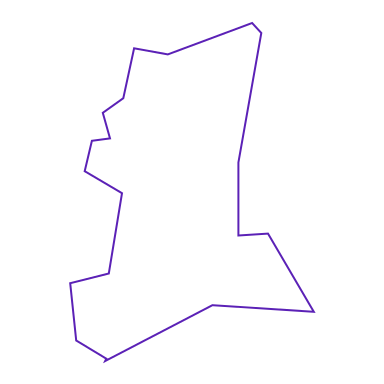 Leer, Unity, South Sudan
{"feature_id": "79223893B69853556807394", "entity_name": "Leer", "entity_type": "district", "adm_level": 2, "iso_a3": "SSD", "parent_name": "South Sudan", "parent_adm1": "Unity", "projection": "albers", "projection_center": [30.206, 8.187], "detail": "fine", "context": "isolated", "style": "outline", "palette": "violet", "viewbox_px": 384, "rotation_deg": 0, "n_neighbors": 0, "source": "geoboundaries", "source_scale": "gbopen_adm2", "svg_char_len": 370}
<svg xmlns="http://www.w3.org/2000/svg" viewBox="0 0 384 384"><path d="M313.8,311.8L268.0,233.6L238.4,235.5L238.4,162.5L261.3,33.0L252.1,23.0L167.8,54.4L134.1,48.3L123.3,98.2L102.8,112.8L110.0,138.4L91.9,140.8L84.7,171.2L122.0,193.2L108.8,273.5L70.2,283.2L76.2,340.5L106.3,358.7L105.2,361.0L212.4,305.2L313.8,311.8Z" fill="none" stroke="#5b21b6" stroke-width="2"/></svg>